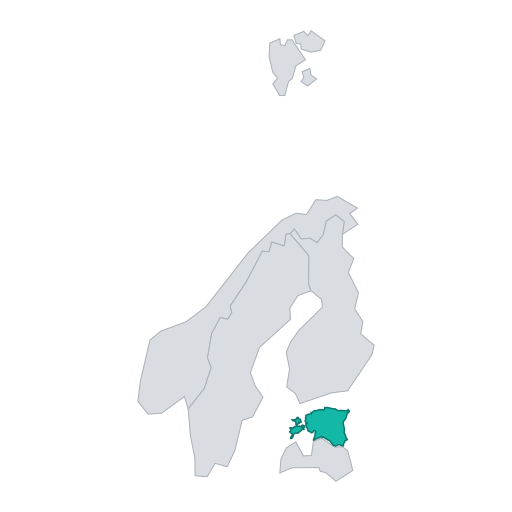 Estonia highlighted among its neighbors
{"feature_id": "EST", "entity_name": "Estonia", "entity_type": "country or territory", "adm_level": 0, "iso_a3": "EST", "parent_name": "Europe", "parent_adm1": "", "projection": "orthographic", "projection_center": [24.591, 58.582], "detail": "fine", "context": "with_neighbors", "style": "filled", "palette": "teal", "viewbox_px": 512, "rotation_deg": 0, "n_neighbors": 4, "source": "natural_earth", "source_scale": "50m", "svg_char_len": 4718}
<svg xmlns="http://www.w3.org/2000/svg" viewBox="0 0 512 512"><path d="M285.1,45.4L287.3,39.8L292.0,39.8L305.4,59.7L295.9,65.9L292.4,78.4L288.6,81.4L284.8,95.5L279.7,95.6L272.8,83.8L277.5,78.2L272.8,72.4L269.1,56.7L269.8,43.1L279.9,38.7L280.4,44.9L285.1,45.4ZM357.9,224.2L342.4,234.4L344.2,221.6L335.7,214.9L326.2,221.3L323.3,234.6L317.1,242.7L310.0,238.3L301.3,239.0L294.4,229.1L290.2,233.7L286.1,234.2L284.2,246.0L271.9,242.0L269.0,251.9L262.4,251.1L246.0,282.4L230.2,306.0L231.9,312.6L227.9,319.3L220.2,317.6L211.7,333.5L207.5,357.6L211.2,367.7L204.3,388.5L188.2,409.0L184.4,396.6L161.5,413.2L148.1,414.1L137.9,401.5L140.3,381.6L149.9,340.2L160.8,331.1L186.0,321.8L205.8,306.9L248.1,252.9L281.8,220.2L296.2,213.2L306.4,214.5L315.9,199.7L326.8,200.4L337.3,196.4L357.3,208.1L349.8,213.6L357.9,224.2ZM325.1,40.9L320.6,50.2L310.8,52.2L301.1,48.9L300.9,44.2L296.3,43.5L293.8,35.4L303.7,31.4L307.9,35.7L311.1,30.7L325.1,40.9ZM316.6,79.0L307.7,86.0L301.0,81.7L303.9,77.3L302.0,71.7L309.8,68.5L311.1,75.1L316.6,79.0Z" fill="#d9dde1" stroke="#a8b0b8" stroke-width="1"/><path d="M188.2,409.0L204.3,388.5L211.2,367.7L207.5,357.6L211.7,333.5L220.2,317.6L227.9,319.3L231.9,312.6L230.2,306.0L246.0,282.4L262.4,251.1L269.0,251.9L271.9,242.0L284.2,246.0L286.1,234.2L290.2,233.7L308.9,255.6L308.6,283.6L311.0,290.7L297.9,295.6L289.9,308.0L290.5,319.3L259.4,347.5L250.4,372.6L255.3,386.1L263.0,397.1L252.5,417.0L242.2,420.2L234.9,450.4L227.1,466.8L215.0,463.3L207.1,476.8L195.1,475.7L194.9,458.0L190.4,435.9L188.2,409.0Z" fill="#d9dde1" stroke="#a8b0b8" stroke-width="1"/><path d="M342.8,446.8L347.8,450.9L352.8,470.4L335.9,481.3L325.8,472.6L320.3,471.4L318.9,467.6L291.8,467.8L279.8,473.0L280.9,459.2L286.3,447.9L295.8,441.9L303.4,455.9L311.4,455.6L313.4,441.5L321.7,438.2L334.6,447.1L342.8,446.8Z" fill="#d9dde1" stroke="#a8b0b8" stroke-width="1"/><path d="M342.4,234.4L342.3,247.1L353.7,258.5L348.3,272.6L358.5,292.6L354.7,308.7L362.9,321.7L360.7,333.8L374.1,345.2L371.9,354.8L347.6,390.8L331.2,392.9L300.2,403.5L295.2,393.3L286.7,386.9L289.6,368.9L286.2,352.2L290.8,341.7L298.7,330.5L322.4,307.1L321.5,299.4L311.0,290.7L308.6,283.6L308.9,255.6L290.2,233.7L294.4,229.1L301.3,239.0L310.0,238.3L317.1,242.7L323.3,234.6L326.2,221.3L335.7,214.9L344.2,221.6L342.4,234.4Z" fill="#d9dde1" stroke="#a8b0b8" stroke-width="1"/><path d="M343.4,445.8L343.1,445.9L341.7,445.7L340.2,445.0L339.5,444.5L338.9,444.5L338.1,444.9L335.3,446.1L334.6,445.8L332.9,444.8L332.1,443.7L330.2,441.5L330.1,441.0L329.8,440.5L327.9,440.0L327.2,439.2L326.6,439.1L325.7,438.7L323.4,436.9L322.9,436.8L322.7,437.1L322.8,437.5L322.6,437.7L322.3,437.7L321.8,437.1L321.2,436.5L319.2,437.6L318.5,437.9L317.9,438.0L314.8,439.4L313.9,440.2L313.5,440.1L313.6,439.4L314.9,435.8L315.1,432.9L315.6,432.5L315.7,432.1L315.5,431.2L314.2,430.6L313.7,430.7L313.2,431.7L312.7,432.4L311.5,432.8L310.5,432.0L308.2,431.0L307.6,429.7L307.5,428.3L306.3,427.0L305.8,425.5L306.0,424.4L307.1,423.8L307.4,423.2L306.0,423.2L305.8,423.1L305.7,422.5L305.1,420.7L305.7,419.9L305.9,419.2L305.5,418.6L305.6,417.9L306.0,417.2L305.8,415.6L307.2,414.8L308.5,414.2L311.3,413.9L311.1,412.4L312.2,412.4L314.2,410.6L316.1,410.9L318.8,409.7L324.1,409.7L324.8,408.9L324.7,408.2L324.7,407.5L325.7,407.7L327.3,407.5L333.6,408.9L335.1,408.8L337.2,410.3L338.4,410.6L341.8,410.5L347.0,410.9L348.0,409.8L348.1,409.6L348.6,410.1L349.3,411.0L349.5,411.5L349.3,411.8L348.7,412.1L348.5,412.4L348.3,412.9L347.5,413.1L347.2,413.4L346.8,415.0L346.1,417.6L344.9,419.7L343.9,420.8L343.5,421.6L343.2,422.6L343.2,423.6L344.4,429.1L344.5,430.1L344.3,431.1L344.1,432.1L344.3,433.0L345.1,434.5L345.9,436.8L346.2,438.2L346.7,438.7L347.2,439.1L347.3,439.3L347.3,439.6L347.1,439.9L345.0,440.8L344.8,441.4L344.6,442.1L343.8,443.3L343.5,444.3L343.4,445.4L343.4,445.8ZM297.2,426.0L297.9,426.5L298.5,426.3L299.2,426.0L300.5,426.4L303.6,428.7L303.9,429.3L302.0,429.5L301.6,430.2L301.1,430.7L300.6,430.8L299.6,431.8L298.4,432.7L298.1,433.2L295.9,433.0L294.6,433.4L293.6,434.4L293.1,436.3L292.3,437.9L291.6,438.4L290.8,438.5L290.6,437.9L290.7,437.3L292.4,435.1L292.8,434.4L292.0,434.1L291.3,433.3L289.9,432.3L289.7,431.6L290.0,431.6L290.4,431.4L290.8,430.8L291.0,430.1L289.9,428.0L290.5,427.7L291.2,427.8L292.0,428.5L292.8,427.8L293.2,427.7L293.8,428.0L294.4,426.6L295.8,426.3L296.5,425.9L297.2,426.0ZM300.2,422.3L299.4,423.2L299.0,422.8L298.7,422.4L297.7,424.4L296.5,424.7L295.9,424.3L296.0,423.5L295.4,421.5L294.4,420.9L293.0,420.8L292.1,419.9L295.9,419.5L296.4,418.5L297.2,417.5L297.8,417.4L298.3,417.7L298.3,418.5L298.5,418.8L300.2,419.3L300.8,420.6L301.1,422.2L300.2,422.3ZM304.1,427.5L303.3,427.6L301.5,426.3L301.9,425.4L302.5,425.1L304.1,425.7L304.3,427.0L304.1,427.5Z" fill="#14b8a6" stroke="#0f766e" stroke-width="1.5"/></svg>